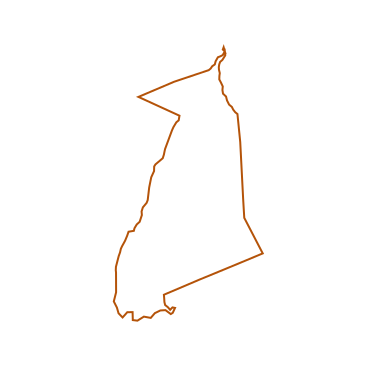 São José dos Cordeiros, Paraíba, Brazil, rotated 297°
{"feature_id": "56859067B13201418207131", "entity_name": "São José dos Cordeiros", "entity_type": "district", "adm_level": 2, "iso_a3": "BRA", "parent_name": "Brazil", "parent_adm1": "Paraíba", "projection": "albers", "projection_center": [-36.853, -7.428], "detail": "fine", "context": "isolated", "style": "outline", "palette": "amber", "viewbox_px": 384, "rotation_deg": 297, "n_neighbors": 0, "source": "geoboundaries", "source_scale": "gbopen_adm2", "svg_char_len": 1386}
<svg xmlns="http://www.w3.org/2000/svg" viewBox="0 0 384 384"><g transform="rotate(297 192 192)"><path d="M59.0,172.0L54.9,177.6L50.6,181.6L48.7,187.1L52.0,188.0L55.5,188.9L58.0,193.6L51.0,197.4L52.6,201.8L59.1,205.7L61.1,212.4L67.2,213.9L72.1,217.6L74.7,222.0L73.6,228.5L75.6,229.7L81.0,229.5L80.3,227.0L77.1,226.0L78.4,222.8L79.1,219.4L81.4,217.4L84.8,215.4L87.7,213.6L117.3,238.4L138.5,256.6L151.5,267.7L169.4,282.9L192.7,250.3L200.7,245.6L208.9,240.8L258.4,212.3L282.1,197.1L282.7,194.3L284.1,191.3L285.9,188.9L286.7,185.4L289.5,181.6L292.5,179.0L293.7,175.0L296.7,172.8L300.0,171.5L302.8,167.9L304.7,165.2L307.9,163.7L310.5,162.8L313.2,160.5L315.4,159.2L318.2,158.3L320.7,158.0L323.4,159.1L328.8,159.6L332.2,157.4L327.9,157.2L325.7,155.6L323.8,153.9L319.2,153.7L316.0,154.4L313.2,152.9L310.5,152.6L308.2,151.6L282.1,126.0L252.4,101.1L254.3,146.2L249.8,147.6L247.0,146.4L241.4,146.0L237.7,146.2L235.1,146.5L218.0,148.5L215.0,149.3L212.5,150.0L208.8,150.6L200.0,146.9L197.6,146.7L193.4,148.7L186.6,149.0L176.6,151.8L164.7,156.2L161.7,156.5L156.0,155.2L151.8,155.9L148.7,157.8L141.7,158.9L138.0,157.5L133.6,157.2L131.0,157.8L127.8,153.5L123.5,154.1L118.2,154.5L114.6,154.4L112.2,154.3L109.1,154.4L105.6,155.3L101.6,155.8L90.8,158.2L87.7,159.6L85.7,160.9L68.2,169.9L59.0,172.0ZM332.2,157.4L335.3,154.5L332.9,154.8L332.2,157.4Z" fill="none" stroke="#b45309" stroke-width="2"/></g></svg>